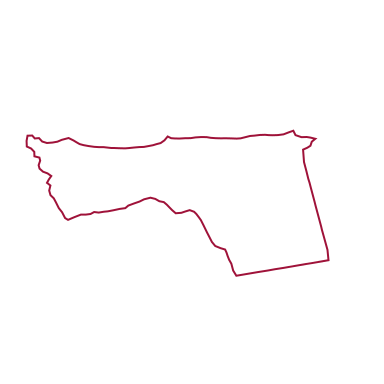 outline of Vila Velha, Espírito Santo, Brazil, rotated 247°
{"feature_id": "56859067B3847278912297", "entity_name": "Vila Velha", "entity_type": "district", "adm_level": 2, "iso_a3": "BRA", "parent_name": "Brazil", "parent_adm1": "Espírito Santo", "projection": "natural_earth1", "projection_center": [-40.359, -20.427], "detail": "fine", "context": "isolated", "style": "outline", "palette": "rose", "viewbox_px": 384, "rotation_deg": 247, "n_neighbors": 0, "source": "geoboundaries", "source_scale": "gbopen_adm2", "svg_char_len": 1975}
<svg xmlns="http://www.w3.org/2000/svg" viewBox="0 0 384 384"><g transform="rotate(247 192 192)"><path d="M196.3,158.3L193.7,162.1L190.1,163.9L186.4,165.3L183.1,166.6L178.8,168.7L177.0,174.1L176.7,178.2L176.2,182.8L173.0,186.2L170.1,187.4L166.2,188.4L162.6,189.2L156.7,189.6L149.1,190.0L143.9,190.4L138.2,190.8L133.2,192.3L129.1,196.4L126.1,200.0L122.8,200.1L119.2,199.8L115.0,199.7L110.6,200.2L103.6,199.2L97.6,200.1L96.4,205.1L92.5,221.5L90.1,231.1L88.5,238.2L86.3,246.9L85.4,250.8L81.1,269.1L79.6,275.1L75.9,291.0L85.8,294.1L98.6,295.8L106.3,296.8L109.8,297.4L121.2,299.0L131.2,300.4L135.0,301.0L150.5,303.2L154.5,303.8L158.7,304.2L166.1,305.4L175.8,306.8L187.6,310.8L187.7,315.5L188.3,319.1L191.5,321.9L192.8,326.3L195.8,322.3L197.8,319.1L199.7,314.2L203.9,309.5L208.8,309.2L209.1,304.6L209.3,298.8L210.8,293.4L212.7,288.5L214.4,284.8L216.1,281.6L218.0,276.7L219.5,271.5L220.9,267.3L221.7,262.1L222.4,257.7L223.7,254.0L225.9,249.3L228.4,243.8L230.1,239.6L232.3,234.8L234.5,230.5L236.8,226.9L239.0,221.9L240.9,216.5L242.1,211.8L244.2,206.7L245.9,201.9L247.8,197.5L249.7,193.8L252.6,191.3L250.3,186.8L249.3,182.2L249.9,178.2L250.3,174.4L251.3,169.8L252.3,165.3L254.0,160.9L255.5,156.3L257.1,151.1L258.3,147.5L260.7,142.2L262.6,138.2L264.2,134.6L267.7,128.4L269.8,123.6L271.8,119.6L274.8,114.6L277.5,110.5L280.0,107.3L282.9,105.1L285.7,103.1L289.9,99.5L290.9,92.5L290.9,87.8L292.0,83.0L293.8,77.6L297.0,73.8L301.4,72.2L302.7,68.2L306.4,67.0L308.1,62.6L303.7,59.7L298.4,57.7L294.9,60.9L290.6,62.5L286.4,60.9L283.3,65.0L280.2,64.5L276.6,61.3L273.1,60.8L268.9,62.8L265.6,66.3L261.7,68.7L259.6,65.3L257.1,62.1L253.3,64.2L249.1,61.1L244.4,60.5L240.2,62.3L235.7,62.7L229.2,63.1L224.1,64.5L217.6,65.0L214.8,67.0L214.8,74.0L214.6,81.0L212.7,85.4L211.4,90.0L211.8,94.1L209.5,98.1L208.3,103.1L207.1,106.9L205.9,112.5L204.7,118.8L203.2,124.3L204.4,128.1L204.1,134.2L203.7,140.0L204.0,145.0L203.0,151.5L200.0,155.5L196.3,158.3Z" fill="none" stroke="#9f1239" stroke-width="2"/></g></svg>